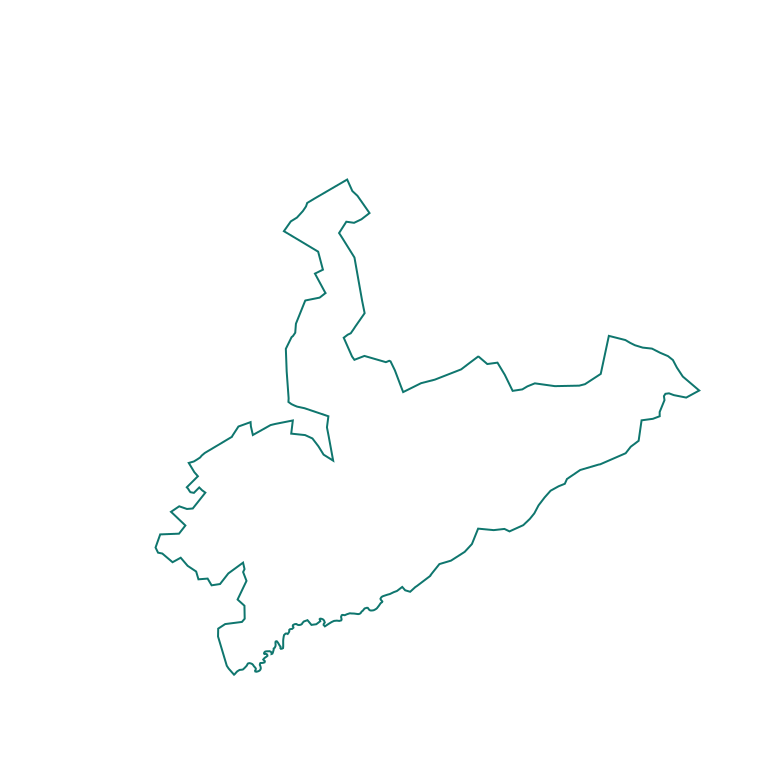 outline of Garko, Kano, Nigeria, rotated 243°
{"feature_id": "59680162B51570410917379", "entity_name": "Garko", "entity_type": "district", "adm_level": 2, "iso_a3": "NGA", "parent_name": "Nigeria", "parent_adm1": "Kano", "projection": "natural_earth1", "projection_center": [8.82, 11.564], "detail": "fine", "context": "isolated", "style": "outline", "palette": "teal", "viewbox_px": 768, "rotation_deg": 243, "n_neighbors": 0, "source": "geoboundaries", "source_scale": "gbopen_adm2", "svg_char_len": 4714}
<svg xmlns="http://www.w3.org/2000/svg" viewBox="0 0 768 768"><g transform="rotate(243 384 384)"><path d="M580.2,397.8L577.6,395.1L574.9,390.2L571.8,382.0L571.2,374.8L565.6,364.2L531.8,385.4L514.2,381.6L513.6,381.5L513.7,373.2L513.7,372.6L492.0,373.1L491.6,373.2L490.3,366.5L490.2,365.8L494.1,351.9L494.1,351.7L484.5,340.7L477.7,332.9L470.0,328.2L468.1,324.7L467.7,322.9L459.9,312.5L439.4,303.0L414.5,292.5L411.4,290.7L408.1,292.4L405.5,294.4L403.3,296.3L398.5,302.2L380.5,319.8L371.3,313.5L362.3,310.9L338.8,303.9L348.5,298.1L358.2,297.3L368.0,295.5L374.3,290.5L381.9,278.8L392.9,286.2L397.8,268.9L398.9,264.3L398.1,244.0L406.8,246.2L410.6,247.8L412.2,235.0L406.6,225.3L406.0,224.6L404.5,202.1L404.4,201.0L404.2,197.3L403.9,193.0L403.0,189.1L402.0,186.8L401.6,183.3L401.3,179.4L402.3,174.2L391.4,175.0L386.3,176.3L381.5,161.4L379.7,161.9L377.2,162.1L375.5,162.4L373.3,165.2L375.7,172.4L371.8,173.7L370.3,174.5L368.3,175.5L367.3,173.3L359.9,157.1L362.1,151.7L368.0,146.0L366.8,136.2L366.3,136.4L348.1,142.8L347.8,142.2L343.7,133.4L351.6,116.3L351.0,115.7L342.0,106.2L336.3,106.1L333.6,109.5L321.2,114.7L321.5,124.0L311.1,126.5L302.2,131.5L294.2,130.0L290.7,138.5L282.9,139.0L280.2,147.1L285.9,159.3L288.8,177.3L282.4,175.7L280.8,173.6L280.4,173.1L271.0,172.1L258.9,156.3L258.4,155.7L249.8,159.0L238.1,153.3L236.5,149.4L242.2,133.5L241.3,125.2L235.5,122.1L234.4,121.5L204.3,116.0L200.9,116.4L193.1,118.4L193.4,119.7L194.0,121.1L194.6,122.8L194.8,125.5L194.2,127.1L193.9,127.8L193.7,128.9L194.4,131.2L195.3,133.7L195.9,134.6L196.7,135.7L196.5,137.2L195.6,138.4L194.2,139.5L193.1,139.8L191.4,140.0L189.8,140.5L188.6,140.6L187.5,139.8L187.1,139.0L186.3,138.8L185.6,139.6L185.3,140.7L185.1,141.9L185.2,143.2L185.7,144.3L186.7,145.2L187.9,145.6L189.0,145.8L190.1,145.8L191.1,146.6L191.5,147.2L190.5,149.5L190.2,151.2L191.1,152.0L193.3,151.3L193.8,152.2L194.2,153.6L194.4,155.4L194.7,156.7L195.4,157.0L196.6,156.8L197.3,156.0L197.7,154.9L198.4,154.8L199.1,155.4L199.5,156.4L199.3,157.7L198.5,159.3L197.9,160.7L196.8,161.6L195.6,161.8L194.5,161.2L194.4,162.1L195.2,163.1L196.3,164.1L197.5,165.2L198.4,165.6L198.7,167.1L199.1,167.5L199.8,168.4L201.4,169.3L202.6,169.7L203.7,170.5L203.7,171.2L203.4,171.7L202.6,171.9L201.5,172.1L199.8,172.2L197.9,172.3L197.1,172.6L196.5,172.4L195.8,171.8L194.9,171.9L194.5,172.8L194.5,174.1L195.5,174.8L197.4,175.8L200.8,177.5L202.3,178.4L204.4,179.9L205.7,181.0L206.3,183.0L205.8,184.1L205.0,184.7L205.9,186.5L206.7,187.4L207.9,187.9L208.2,188.9L207.9,189.9L207.5,191.0L208.0,192.7L208.8,192.9L209.8,192.8L210.5,193.5L210.6,194.8L210.4,195.9L209.8,197.1L208.9,197.5L208.5,197.9L207.8,198.8L207.3,200.6L207.5,202.1L208.2,203.1L208.8,204.8L208.3,208.6L202.3,210.0L200.7,214.6L201.6,219.6L203.7,219.9L203.9,220.5L203.5,221.3L202.8,222.1L201.7,222.9L200.4,223.2L199.4,223.1L198.3,222.9L197.8,221.6L196.8,220.8L194.9,221.3L195.4,225.6L195.7,229.2L195.6,231.9L194.6,234.5L193.2,236.6L192.8,238.6L193.6,239.4L196.0,240.0L197.2,241.4L197.0,242.4L195.8,244.1L195.7,246.3L195.2,249.5L194.4,250.7L193.0,253.2L190.7,256.5L190.3,257.9L190.5,259.2L191.4,260.8L191.6,262.1L192.8,264.8L192.4,267.1L191.9,267.9L189.6,268.3L188.8,268.7L188.1,269.5L187.5,270.9L187.1,272.1L187.1,273.8L187.2,274.9L187.4,275.9L188.2,277.6L188.8,278.9L190.2,281.4L190.4,282.5L190.5,283.3L191.0,283.8L193.4,283.2L194.3,283.4L195.1,284.6L195.4,285.6L195.4,286.9L194.7,291.5L194.2,293.8L194.1,298.2L193.7,301.6L194.9,308.1L194.6,308.2L190.6,309.2L188.2,311.7L187.0,313.0L188.7,319.2L188.8,319.4L189.1,321.8L192.0,338.0L192.3,338.6L192.5,338.6L194.3,342.5L198.4,351.6L196.2,363.5L197.8,379.7L201.5,389.7L212.4,402.2L204.0,415.4L200.2,425.5L195.7,428.9L195.0,444.0L197.6,452.7L200.5,459.2L205.7,466.6L210.0,475.6L213.3,484.0L213.6,493.2L213.0,499.8L216.3,503.9L218.3,519.8L214.8,538.5L214.7,538.9L214.3,540.1L212.6,567.9L216.1,575.4L217.8,585.1L234.7,597.0L230.9,607.8L230.1,615.0L233.9,616.9L242.3,626.6L246.1,627.9L247.5,630.3L246.3,633.7L242.5,637.2L234.7,647.1L235.1,661.9L255.0,653.6L265.7,652.4L274.2,652.3L279.9,649.7L286.5,644.2L293.9,638.8L299.0,631.0L304.6,625.2L308.9,622.0L313.6,619.0L324.8,606.2L294.6,581.7L292.6,563.0L293.9,557.2L304.5,535.3L316.1,518.7L316.8,510.7L316.4,504.8L319.5,495.5L337.3,495.8L351.5,494.8L354.9,485.1L365.3,480.8L365.7,480.2L363.8,469.2L362.0,459.4L364.8,431.3L367.9,417.4L368.1,397.4L374.1,398.0L391.2,399.9L401.2,400.1L402.3,399.2L402.6,395.6L417.9,379.3L419.0,368.6L423.0,368.0L443.0,369.1L443.5,369.1L444.4,374.1L444.3,377.4L446.7,381.9L448.2,384.5L455.9,398.9L468.1,402.3L487.5,408.2L510.1,415.1L534.3,413.0L538.9,412.5L545.7,424.1L541.2,430.5L541.0,438.7L542.9,448.7L563.7,445.8L570.3,443.4L582.9,444.0L580.8,406.7L580.2,397.8Z" fill="none" stroke="#0f766e" stroke-width="2"/></g></svg>